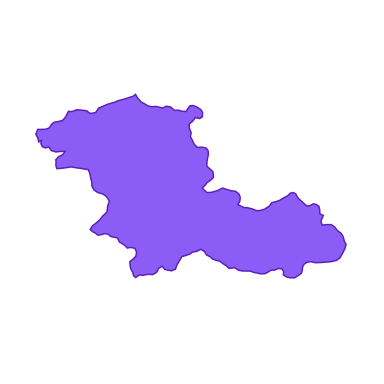 outline of Cachoeira de Minas, Minas Gerais, Brazil, rotated 239°
{"feature_id": "56859067B68641329278226", "entity_name": "Cachoeira de Minas", "entity_type": "district", "adm_level": 2, "iso_a3": "BRA", "parent_name": "Brazil", "parent_adm1": "Minas Gerais", "projection": "albers", "projection_center": [-45.796, -22.373], "detail": "fine", "context": "isolated", "style": "filled", "palette": "violet", "viewbox_px": 384, "rotation_deg": 239, "n_neighbors": 0, "source": "geoboundaries", "source_scale": "gbopen_adm2", "svg_char_len": 3152}
<svg xmlns="http://www.w3.org/2000/svg" viewBox="0 0 384 384"><g transform="rotate(239 192 192)"><path d="M312.0,155.1L309.7,150.2L311.7,145.2L315.9,143.5L319.2,139.3L321.9,135.5L322.7,130.6L324.8,127.6L322.5,124.1L320.9,121.0L320.0,117.7L321.2,113.9L322.9,109.5L322.3,106.4L320.5,102.6L321.1,99.1L322.7,96.1L325.1,92.0L322.1,88.0L317.6,87.6L313.9,86.4L313.6,89.5L311.3,87.4L307.9,87.0L305.3,89.1L304.3,92.4L299.9,92.8L296.5,95.9L294.5,100.1L292.2,104.2L290.6,100.4L291.0,95.9L289.9,92.0L287.4,90.7L284.9,89.0L281.6,88.2L279.3,92.9L277.6,96.8L275.7,101.4L272.7,104.8L270.1,108.1L267.4,111.3L264.4,114.7L259.9,113.8L255.9,112.2L252.2,111.3L248.6,109.2L244.2,109.1L240.1,110.9L236.7,114.2L233.2,116.0L229.8,116.5L226.6,116.3L223.7,112.7L218.7,108.9L217.3,102.8L215.7,98.7L214.8,94.0L214.3,89.6L212.3,85.4L208.9,86.5L206.4,88.1L203.5,89.1L202.1,92.4L201.3,95.7L199.1,98.4L195.7,99.5L193.5,101.7L191.1,104.5L186.5,104.0L183.2,105.9L180.1,107.1L177.3,107.6L176.2,110.7L173.2,114.0L169.1,113.6L166.0,110.9L164.9,107.4L164.3,102.8L160.5,100.9L157.4,99.9L153.3,99.8L150.4,98.7L147.7,99.7L148.1,103.8L145.7,107.4L144.2,111.7L141.4,115.9L141.4,120.4L143.7,124.0L143.7,128.3L139.7,128.7L137.6,131.0L135.0,133.8L134.4,138.1L137.2,141.5L139.8,146.3L141.8,150.1L140.7,154.4L139.9,158.2L140.2,161.5L138.7,165.3L138.3,170.1L134.5,172.0L130.3,172.1L127.3,174.2L124.1,175.0L121.3,177.3L118.5,180.1L114.3,181.8L111.2,183.4L107.5,184.4L105.0,189.7L100.8,191.7L98.3,194.6L95.7,198.8L94.1,201.3L91.2,203.6L89.2,205.9L86.4,208.8L84.3,212.8L84.2,216.2L84.3,219.6L82.5,222.6L82.0,226.4L80.0,229.4L76.6,229.6L73.9,227.6L70.4,229.4L67.7,232.2L65.6,235.7L65.7,240.2L66.0,244.0L68.1,246.2L70.8,248.2L72.3,250.8L72.6,253.9L71.2,257.9L68.0,261.1L65.3,265.9L63.5,269.5L62.1,272.3L60.6,275.5L58.9,280.7L59.4,285.1L61.0,287.8L62.4,290.4L64.8,294.0L67.9,297.2L70.8,297.1L73.6,297.9L76.3,298.6L80.0,298.5L84.4,296.7L88.5,296.3L92.4,294.5L94.9,290.3L96.6,286.5L100.9,287.6L104.2,292.5L107.5,290.4L111.2,292.4L114.4,293.4L117.4,292.0L119.4,289.9L119.5,286.6L120.8,283.3L124.6,282.0L128.3,281.0L131.1,280.0L134.1,279.7L137.0,280.0L139.4,278.5L140.4,275.5L139.5,272.4L139.7,269.0L139.8,262.2L140.8,257.9L141.8,254.9L140.2,251.4L139.9,245.7L140.9,241.3L142.8,237.6L146.4,235.0L149.9,231.5L152.1,228.4L155.2,226.3L157.6,224.8L159.3,228.1L162.6,230.6L166.0,231.2L170.2,229.7L173.0,226.1L176.0,223.3L179.7,220.2L180.1,214.4L181.7,208.5L183.8,204.6L186.9,203.5L190.1,203.0L191.1,206.9L192.4,210.1L192.5,213.6L193.5,218.0L198.7,220.4L203.3,219.0L206.5,218.0L210.5,220.6L213.9,223.6L216.0,225.6L219.0,227.0L222.2,226.9L225.4,223.6L227.3,219.7L231.5,218.5L236.2,219.0L240.2,219.1L243.2,221.8L248.0,222.6L251.7,224.6L252.4,229.2L254.0,233.2L251.0,236.4L251.1,239.6L254.8,242.1L257.9,242.0L262.0,240.2L265.6,237.5L266.9,234.7L265.8,231.9L264.1,228.4L266.5,224.8L269.1,222.6L271.1,218.9L276.0,217.4L278.9,213.9L279.0,210.2L281.1,208.1L283.9,205.2L285.5,201.9L288.2,198.8L292.0,196.8L295.2,194.8L300.7,193.8L304.8,193.8L304.4,190.4L305.3,187.2L306.3,182.8L307.3,179.0L308.3,175.8L308.8,172.1L309.8,168.3L310.8,164.2L311.3,159.9L312.0,155.1Z" fill="#8b5cf6" stroke="#5b21b6" stroke-width="1.5"/></g></svg>